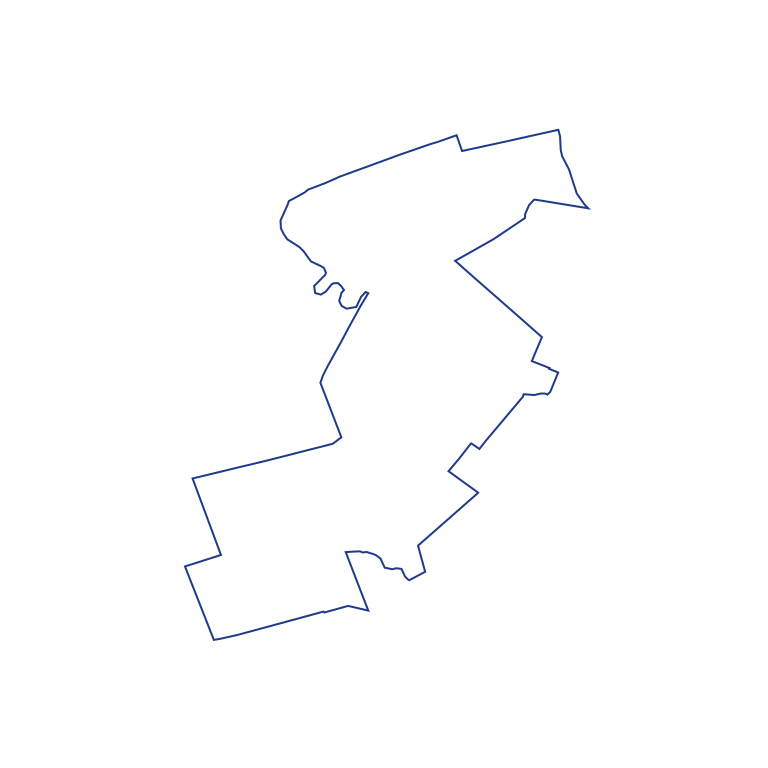 Nenciulesti, Teleorman, Romania, rotated 22°
{"feature_id": "2599482B65511789947174", "entity_name": "Nenciulesti", "entity_type": "district", "adm_level": 2, "iso_a3": "ROU", "parent_name": "Romania", "parent_adm1": "Teleorman", "projection": "robinson", "projection_center": [25.186, 44.017], "detail": "fine", "context": "isolated", "style": "outline", "palette": "blue", "viewbox_px": 768, "rotation_deg": 22, "n_neighbors": 0, "source": "geoboundaries", "source_scale": "gbopen_adm2", "svg_char_len": 1747}
<svg xmlns="http://www.w3.org/2000/svg" viewBox="0 0 768 768"><g transform="rotate(22 384 384)"><path d="M539.4,332.6L541.1,329.1L541.2,308.1L531.4,308.1L531.5,307.2L512.5,307.4L512.6,296.7L512.8,284.8L512.9,281.4L478.0,269.1L427.2,251.4L403.8,243.1L409.3,236.3L431.2,208.8L439.7,196.3L452.5,177.4L451.2,173.4L451.5,163.9L452.7,160.5L454.0,157.1L454.9,156.5L457.5,155.9L507.5,144.6L502.9,142.6L491.4,135.2L475.1,115.7L464.1,106.3L460.4,101.2L454.4,88.3L450.4,83.0L402.5,116.0L369.1,138.7L358.1,126.2L357.4,126.8L342.8,139.7L337.6,143.8L334.1,146.8L312.4,165.8L265.4,208.2L263.3,210.4L254.7,219.3L240.8,232.2L238.7,236.1L230.8,245.8L227.3,249.9L227.5,254.2L226.8,271.1L230.1,278.3L234.9,282.6L240.2,286.1L254.2,288.7L259.7,291.0L270.3,297.7L281.9,298.4L284.8,298.9L288.5,302.5L288.5,305.1L282.5,319.3L286.1,325.5L291.9,324.8L295.4,320.3L297.9,311.8L299.4,309.5L303.6,307.7L307.3,309.1L311.7,311.9L310.4,315.4L310.9,319.5L311.3,323.7L315.4,327.4L321.0,328.2L329.4,323.0L330.1,311.8L332.5,305.6L335.4,305.7L333.1,320.0L330.8,339.2L328.3,362.2L325.1,388.6L324.2,398.9L324.6,406.7L364.4,449.4L358.9,458.6L331.4,478.8L303.9,499.0L281.0,515.3L241.9,543.3L296.9,603.6L267.8,627.7L322.1,685.0L327.6,681.6L341.4,672.1L353.3,663.1L404.3,624.4L413.1,617.7L414.3,618.2L433.8,603.2L454.3,600.0L411.5,554.2L420.5,549.9L424.4,548.2L427.6,548.1L430.7,546.3L437.6,545.7L440.6,545.7L446.2,547.2L453.4,554.0L460.9,552.7L464.5,550.2L469.5,548.9L475.7,554.7L479.8,556.4L481.0,556.4L492.5,542.7L476.1,521.1L511.4,450.9L512.0,449.5L492.3,444.6L476.5,440.7L481.7,424.8L486.8,406.9L487.3,406.4L496.8,408.5L499.6,398.7L504.6,383.5L517.5,343.9L517.3,341.2L527.7,337.8L533.1,334.0L536.4,332.7L539.1,332.4L539.4,332.6Z" fill="none" stroke="#1e3a8a" stroke-width="2"/></g></svg>